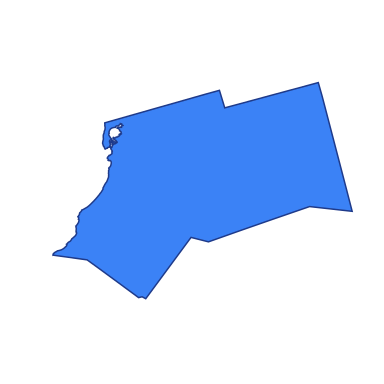 outline of Magallanes, Santa Cruz, Argentina, rotated 165°
{"feature_id": "61730980B60081089408424", "entity_name": "Magallanes", "entity_type": "district", "adm_level": 2, "iso_a3": "ARG", "parent_name": "Argentina", "parent_adm1": "Santa Cruz", "projection": "equal_earth", "projection_center": [-67.392, -48.773], "detail": "fine", "context": "isolated", "style": "filled", "palette": "blue", "viewbox_px": 384, "rotation_deg": 165, "n_neighbors": 0, "source": "geoboundaries", "source_scale": "gbopen_adm2", "svg_char_len": 5771}
<svg xmlns="http://www.w3.org/2000/svg" viewBox="0 0 384 384"><g transform="rotate(165 192 192)"><path d="M41.5,250.4L41.7,265.0L138.6,264.8L139.2,283.1L153.1,283.0L258.3,281.4L258.6,280.6L258.6,280.0L258.8,279.4L259.0,278.8L259.1,278.3L259.1,277.6L259.2,276.7L259.7,275.4L259.9,274.8L261.0,273.4L261.4,272.5L261.5,272.1L261.7,271.7L261.9,271.4L262.0,271.3L262.5,270.7L262.9,270.0L263.1,269.5L263.6,267.7L263.8,266.5L263.9,266.1L264.4,265.0L264.7,264.6L265.1,263.7L265.3,263.4L265.5,262.9L265.8,262.0L265.7,261.3L265.7,259.3L265.6,259.1L265.3,258.9L265.2,258.7L265.2,258.2L265.2,257.7L264.9,256.2L264.8,255.9L264.6,255.9L263.5,256.3L262.9,256.2L262.4,256.2L262.3,256.5L261.4,256.9L260.7,256.7L259.1,256.6L259.1,257.1L259.5,257.7L259.4,258.0L258.7,258.5L258.6,258.9L258.6,259.6L258.6,261.2L258.6,262.4L258.3,262.9L257.6,263.4L256.5,263.6L255.9,263.7L256.0,264.1L256.6,265.1L257.5,268.1L257.6,268.6L257.3,269.7L256.7,270.2L256.8,270.8L256.5,271.7L255.6,272.9L254.4,274.0L252.8,274.5L251.6,274.6L251.0,274.5L250.2,274.5L249.7,274.3L249.2,274.2L248.6,275.1L247.8,275.3L247.4,275.3L246.7,275.1L246.2,275.1L244.8,275.6L244.3,275.8L243.8,276.1L243.5,276.6L243.2,276.3L243.2,276.0L243.0,275.8L242.7,276.2L242.3,276.0L242.3,275.3L242.0,274.5L241.6,274.3L241.5,274.1L242.0,274.0L242.7,274.0L243.4,273.7L243.4,272.7L244.4,272.9L245.0,273.2L245.5,273.5L247.0,273.5L247.3,273.2L248.3,273.3L248.0,273.1L246.7,272.4L246.5,272.1L245.9,270.9L245.9,270.4L246.1,269.9L245.3,269.1L244.9,268.2L245.0,267.8L245.2,267.5L245.3,267.1L245.5,266.7L246.0,266.9L246.1,266.6L245.6,266.3L246.1,266.1L246.1,266.3L246.6,266.5L247.2,266.6L247.4,266.5L247.1,266.0L247.3,265.3L247.8,265.0L248.0,265.1L248.4,264.8L249.0,264.9L249.2,264.6L249.5,264.4L250.2,264.5L250.5,264.6L251.1,264.7L251.6,264.2L252.3,264.1L252.9,264.3L253.2,264.5L253.4,264.5L253.4,264.8L253.5,265.0L253.9,265.1L254.1,264.9L254.3,264.4L254.3,264.2L254.0,263.7L253.7,263.3L253.6,262.9L253.7,262.7L253.2,262.5L252.8,262.1L252.7,261.9L252.3,261.7L252.1,261.5L252.1,261.3L251.9,260.9L251.6,259.8L251.4,259.7L251.4,259.4L251.5,259.3L251.6,259.2L252.0,259.3L252.1,259.2L252.4,259.1L252.7,258.8L253.1,258.6L254.1,258.5L254.4,258.6L255.2,258.5L255.4,258.3L255.7,258.3L255.8,258.2L256.3,257.8L256.9,257.5L257.1,257.0L257.3,256.8L257.6,256.5L257.6,256.3L257.8,256.2L258.0,255.7L258.4,255.6L258.9,255.5L259.1,255.4L259.2,254.6L258.4,252.3L258.4,252.0L258.6,251.7L258.9,251.7L259.1,251.5L259.1,250.9L259.1,250.4L259.4,249.7L259.9,249.6L260.1,249.4L260.8,249.1L261.2,249.0L261.7,248.7L262.4,248.9L262.5,248.8L262.6,248.6L262.9,248.6L263.1,248.4L263.7,247.9L264.0,247.8L264.7,247.3L264.9,246.9L265.0,246.7L265.1,246.2L264.9,246.0L264.7,245.8L264.6,245.6L264.4,245.1L264.3,244.5L264.3,244.4L264.7,244.2L264.4,243.9L263.6,243.7L263.4,243.5L263.2,243.5L262.9,243.6L262.7,243.4L262.5,243.0L262.4,242.7L262.3,242.4L262.3,241.8L262.4,241.0L262.6,240.6L263.1,239.5L263.4,239.0L264.1,238.0L264.5,237.6L265.0,237.4L265.9,237.0L266.0,236.9L266.1,236.5L266.2,236.4L266.3,236.3L266.1,235.7L266.3,235.1L266.5,234.9L266.8,234.7L267.0,234.4L267.1,233.9L267.3,233.2L267.4,232.8L267.9,231.5L268.0,230.2L268.2,229.8L268.3,229.6L268.5,228.8L268.7,228.2L268.9,227.8L269.5,226.9L270.1,226.2L270.3,225.8L271.0,224.9L271.7,224.0L271.8,223.9L272.4,223.4L273.3,222.8L273.6,222.4L274.3,221.8L275.2,220.8L275.5,220.4L276.0,219.9L276.5,219.3L276.8,219.1L277.0,218.7L277.2,218.0L277.3,217.6L277.7,217.3L278.3,216.7L278.9,216.2L279.9,215.2L281.5,214.1L282.1,213.5L283.7,212.4L283.8,212.3L284.2,212.0L284.6,211.7L285.5,211.1L287.1,210.0L287.8,209.6L288.3,209.3L289.0,208.8L290.4,208.0L293.9,206.0L295.1,205.4L297.1,204.5L298.2,204.2L300.8,203.5L301.6,203.3L302.5,203.1L302.9,203.2L303.3,203.0L303.4,202.6L303.9,202.1L304.8,201.5L305.8,201.0L306.2,200.5L306.2,200.0L306.4,199.7L306.6,199.4L306.8,199.2L307.2,198.9L307.3,198.7L307.7,198.4L307.9,198.1L308.6,197.8L308.6,197.7L308.6,197.4L308.3,197.3L308.2,197.1L308.1,196.7L308.2,196.2L308.4,195.6L308.6,195.3L308.8,195.1L308.5,194.7L308.4,194.4L308.5,194.0L308.6,193.6L309.0,192.9L309.2,192.6L309.3,192.3L309.4,192.1L309.9,191.6L310.4,191.2L310.6,191.0L310.7,190.9L311.0,190.5L311.3,190.3L312.3,189.6L312.9,189.0L313.0,189.0L312.9,188.6L313.1,188.3L313.2,187.7L313.2,187.3L313.3,186.3L313.7,185.4L314.0,184.5L314.2,184.1L314.0,183.8L314.0,183.7L314.1,183.4L314.3,183.1L314.2,182.7L314.0,182.3L314.1,182.1L314.4,181.6L314.7,181.3L314.9,181.1L315.0,180.8L315.2,180.6L315.7,180.2L315.9,180.0L317.0,179.4L318.8,178.5L319.6,178.1L320.2,177.9L320.8,177.2L321.7,176.4L322.3,176.0L322.6,175.9L324.2,175.5L325.0,175.1L325.4,174.8L325.7,174.6L326.3,174.2L326.6,174.1L326.4,173.9L326.3,173.7L326.9,172.8L327.4,172.3L328.0,171.9L328.4,171.8L329.2,171.3L329.8,171.0L331.0,170.5L332.5,170.1L333.2,170.0L334.2,169.9L335.1,169.9L336.0,169.9L337.1,170.0L337.5,169.9L338.2,169.6L338.9,169.4L339.5,169.4L340.4,169.0L341.0,168.8L341.2,168.6L341.9,168.3L342.0,168.1L342.4,167.6L342.5,167.3L342.4,167.1L342.5,166.9L342.4,166.9L310.9,153.6L303.0,143.9L270.9,103.8L267.3,103.7L264.3,100.9L204.7,148.4L189.0,139.6L154.6,142.3L120.6,144.8L82.2,147.5L42.3,131.9L42.1,153.9L41.5,250.4ZM256.5,258.6L256.9,258.4L256.7,258.1L256.2,258.3L256.1,258.5L255.9,258.6L255.7,258.5L254.9,258.7L254.4,258.7L254.1,258.8L253.7,258.8L253.4,258.7L253.3,258.8L253.1,259.0L252.6,259.1L252.3,259.3L252.3,259.5L252.9,260.0L253.2,260.2L253.6,260.3L253.9,260.4L254.1,260.7L254.3,260.6L254.7,260.5L254.8,260.6L255.3,260.5L256.0,259.8L256.1,259.1L256.5,258.6ZM256.6,262.1L257.0,261.8L257.5,261.5L257.6,261.3L257.7,261.1L257.6,260.7L257.4,260.5L257.3,260.3L257.2,260.2L256.7,260.3L256.4,260.6L256.1,261.1L255.6,261.5L255.2,261.7L255.1,261.9L255.2,262.1L255.5,262.1L255.5,262.3L255.8,262.4L256.1,262.3L256.4,262.3L256.6,262.1Z" fill="#3b82f6" stroke="#1e3a8a" stroke-width="1.5"/></g></svg>